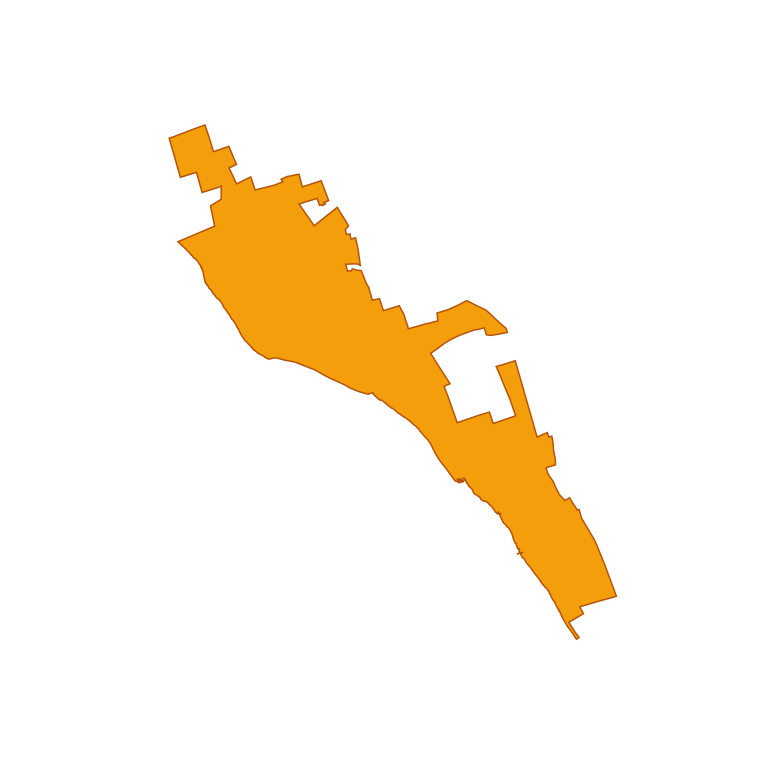 outline of Dzilam de Bravo, Yucatán, Mexico, rotated 247°
{"feature_id": "50627088B84511814526600", "entity_name": "Dzilam de Bravo", "entity_type": "district", "adm_level": 2, "iso_a3": "MEX", "parent_name": "Mexico", "parent_adm1": "Yucatán", "projection": "natural_earth1", "projection_center": [-88.729, 21.441], "detail": "fine", "context": "isolated", "style": "filled", "palette": "amber", "viewbox_px": 768, "rotation_deg": 247, "n_neighbors": 0, "source": "geoboundaries", "source_scale": "gbopen_adm2", "svg_char_len": 6119}
<svg xmlns="http://www.w3.org/2000/svg" viewBox="0 0 768 768"><g transform="rotate(247 384 384)"><path d="M595.5,249.9L589.1,252.7L586.2,254.1L582.7,255.3L580.5,256.4L578.3,256.8L576.9,257.6L574.8,258.0L574.1,258.3L573.2,259.1L572.2,259.6L568.9,260.6L566.2,260.9L565.4,261.3L562.9,261.2L562.8,261.4L562.5,261.2L561.6,261.3L561.8,261.6L561.2,261.4L559.5,261.2L558.9,261.5L557.9,261.1L557.1,261.1L554.1,260.3L547.2,259.2L545.9,259.4L545.5,259.8L543.8,259.7L542.8,260.3L540.8,260.3L538.1,261.5L537.3,261.7L535.3,261.7L531.2,263.2L529.6,263.2L527.3,264.3L525.4,265.4L525.2,265.7L523.1,265.8L521.6,266.2L519.3,266.4L518.0,266.4L516.1,266.7L515.2,267.2L510.2,268.1L508.0,268.8L505.1,269.0L503.1,269.3L501.0,270.1L498.0,270.7L495.4,271.0L493.2,270.9L491.8,271.4L491.0,271.5L488.1,271.5L483.8,271.9L482.5,272.3L477.9,273.0L477.0,273.9L473.5,274.9L471.3,276.0L470.3,276.1L469.4,276.6L467.6,276.8L467.5,277.1L466.8,277.2L466.7,277.4L465.6,277.8L465.4,278.1L462.8,279.5L462.4,279.5L462.2,279.9L460.5,280.8L460.3,281.1L459.6,281.5L459.4,281.9L456.5,284.1L453.1,286.4L452.4,287.2L451.8,288.0L451.4,290.2L451.3,291.0L451.5,291.3L451.0,293.0L449.0,296.7L447.5,298.4L444.2,302.6L443.4,303.7L443.3,304.3L443.1,304.8L442.1,305.9L441.5,307.0L440.3,308.4L440.4,308.6L438.3,311.5L437.1,312.4L428.9,320.9L427.6,322.0L426.6,323.3L424.7,325.2L424.3,325.4L424.0,325.9L414.4,333.2L411.8,335.5L410.7,336.1L409.9,337.1L407.5,339.2L407.0,339.8L400.9,345.4L397.1,348.6L395.9,349.4L392.9,351.8L386.8,357.9L382.1,363.7L381.3,364.7L380.7,365.8L380.9,366.2L380.4,370.4L379.2,370.2L376.7,371.0L371.3,373.6L370.7,374.2L370.2,375.3L369.0,376.1L365.1,378.2L362.5,379.3L362.1,379.8L358.8,381.6L358.4,382.3L356.3,383.5L354.6,384.2L353.5,385.0L352.4,385.2L351.0,386.1L350.4,386.8L348.9,387.5L348.8,387.9L347.6,388.3L345.9,389.3L345.9,389.5L345.6,389.7L345.1,390.2L342.8,391.6L342.3,391.7L342.2,391.9L339.5,393.4L338.9,393.6L338.3,394.0L334.7,395.6L333.0,396.7L329.3,398.1L327.3,398.6L326.4,398.7L325.7,399.2L323.6,399.6L317.6,401.7L316.1,402.4L312.6,403.2L309.4,403.6L300.0,404.1L292.6,405.3L286.9,406.6L282.4,408.0L267.6,411.4L266.9,411.8L266.1,412.7L265.8,413.4L264.6,413.8L263.6,414.8L263.6,415.2L264.6,414.5L264.9,414.5L265.7,413.6L266.0,413.8L266.1,414.1L265.2,415.1L264.2,415.8L264.0,416.5L263.5,416.8L263.1,417.9L263.1,418.6L263.2,418.8L263.4,417.7L264.1,416.8L264.3,416.9L263.8,419.1L263.9,419.6L264.0,419.6L264.1,418.7L264.3,418.2L265.0,417.8L265.4,416.7L267.6,414.6L267.6,415.2L266.0,417.6L265.9,419.4L266.0,420.0L266.3,420.2L266.0,420.9L265.5,420.6L265.1,421.3L264.7,421.2L264.3,421.4L263.9,421.2L263.4,421.4L262.3,421.4L262.0,421.6L260.7,421.4L259.3,421.8L258.6,422.2L257.7,422.3L257.0,422.0L256.0,422.5L255.8,422.8L255.2,422.8L255.0,423.0L254.8,423.0L254.3,423.5L253.3,423.5L252.8,423.9L251.0,424.2L250.1,423.9L248.2,424.1L246.9,424.7L245.3,426.1L244.4,426.5L242.9,427.6L241.9,428.0L240.1,428.1L238.6,428.9L236.8,430.2L236.8,430.9L235.7,432.3L234.5,433.0L232.7,433.6L228.9,435.3L226.2,435.8L225.1,436.3L222.6,436.4L222.0,436.9L221.0,437.2L220.0,438.0L219.7,438.7L220.2,439.1L220.4,438.7L221.0,438.8L221.3,439.0L221.3,439.3L220.5,438.9L220.3,439.3L219.6,439.0L219.3,439.1L219.0,439.6L219.0,440.1L218.8,440.5L218.5,439.3L213.7,439.4L213.1,439.6L210.3,439.6L208.8,439.9L207.4,440.8L204.0,441.6L202.4,442.6L199.2,443.1L195.8,443.2L189.2,442.4L188.3,442.6L187.3,442.5L185.7,442.8L185.7,443.9L185.4,443.2L183.2,442.9L182.1,443.0L181.5,442.7L180.7,442.9L180.4,442.7L179.8,443.1L179.0,443.3L178.9,443.5L179.3,444.1L179.1,444.2L178.8,443.3L176.0,442.9L175.5,442.4L175.5,440.6L175.3,440.6L175.2,444.6L175.2,445.2L174.9,445.6L174.8,445.4L175.1,444.9L174.8,444.6L174.6,444.7L174.6,444.4L175.0,443.3L170.2,443.4L169.1,444.4L167.8,444.8L165.4,445.0L162.4,445.5L160.7,446.3L159.5,446.5L159.4,446.0L159.4,446.7L153.6,448.1L151.5,448.4L145.4,450.2L142.6,450.7L142.6,450.8L141.8,450.9L139.2,451.3L133.4,453.1L133.4,453.4L132.6,453.7L130.8,454.1L130.3,454.1L130.0,454.4L127.5,454.7L125.6,454.7L124.4,454.9L122.5,454.7L119.3,455.1L116.2,456.0L114.1,455.8L112.8,456.0L109.7,456.1L109.1,456.4L108.2,456.4L107.5,456.9L107.0,456.4L106.9,456.4L107.1,456.7L106.9,456.8L99.1,456.9L89.5,458.1L86.9,458.8L86.2,458.8L85.4,459.2L82.9,459.7L82.5,459.6L81.8,460.0L80.9,460.3L77.0,460.7L73.8,461.5L74.5,464.6L80.7,463.0L92.4,461.1L94.7,477.9L102.4,477.1L100.6,493.1L97.8,515.0L131.8,516.6L151.7,516.9L158.4,516.8L183.6,513.4L192.2,514.6L192.3,512.8L201.4,511.1L206.7,510.4L206.1,505.0L213.6,502.2L214.3,502.1L215.5,502.3L216.2,502.1L223.0,501.6L225.6,501.6L227.5,501.8L235.5,500.1L238.0,500.0L238.0,499.8L243.6,500.5L242.6,510.3L248.3,512.4L256.0,514.0L264.2,516.7L270.4,518.1L270.9,514.9L275.5,515.3L275.4,504.2L354.2,513.9L355.4,500.7L356.3,494.1L351.2,494.2L319.9,493.9L303.3,492.8L305.0,469.1L316.9,470.1L318.2,458.5L319.8,436.3L348.8,438.1L358.4,438.4L358.4,444.9L378.1,441.5L394.1,438.9L394.4,441.2L394.9,443.5L397.8,455.7L398.6,460.9L398.9,464.2L399.2,469.2L399.2,474.0L398.9,480.9L398.4,488.4L397.4,492.3L396.8,496.5L396.6,498.2L389.2,497.5L386.8,501.7L383.2,517.7L387.4,518.1L389.1,517.4L389.0,517.2L400.6,511.9L412.1,506.8L419.2,500.5L428.5,492.7L427.7,484.7L427.4,471.7L428.6,460.5L421.1,458.3L421.8,453.5L422.3,449.6L423.0,446.2L425.3,428.0L429.3,428.6L434.4,428.8L440.0,429.5L446.2,428.9L450.1,428.7L451.7,412.1L464.4,413.2L465.6,406.0L478.9,407.7L483.4,407.0L497.2,407.4L499.7,402.9L501.3,401.4L502.3,399.7L500.8,398.1L502.0,395.8L502.0,394.5L504.1,394.7L506.6,395.2L509.3,395.4L506.0,404.0L504.8,406.5L502.4,408.5L518.1,412.8L529.7,414.9L530.3,410.2L535.6,411.3L536.2,407.8L541.1,408.7L543.5,413.2L564.9,410.0L557.0,381.6L582.8,376.1L582.2,383.3L580.9,394.9L573.6,394.5L573.4,396.8L572.3,397.0L572.2,397.6L572.8,400.4L573.7,399.8L574.6,399.5L574.4,404.7L595.6,405.6L597.4,385.8L610.3,387.8L612.8,375.8L612.7,369.3L609.6,369.7L609.9,360.3L613.0,341.2L626.7,342.3L625.8,326.5L643.4,325.8L643.8,334.0L663.4,334.0L664.5,317.8L680.5,319.5L692.4,320.4L693.1,307.7L693.9,285.7L694.2,282.3L653.8,277.3L652.1,294.1L631.4,291.4L629.7,307.7L629.7,311.5L620.7,307.6L617.6,306.1L615.8,293.9L595.5,289.8L595.5,249.9Z" fill="#f59e0b" stroke="#b45309" stroke-width="1.5"/></g></svg>